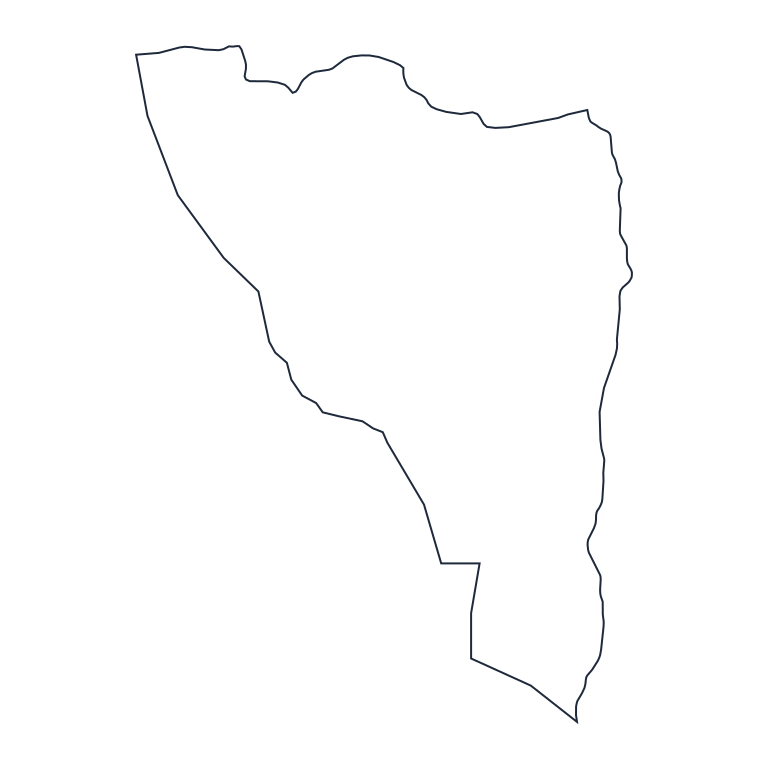 map outline of Analamanga (orthographic projection)
{"feature_id": "MDG-5862", "entity_name": "Analamanga", "entity_type": "Autonomous Province", "adm_level": 1, "iso_a3": "MDG", "parent_name": "Madagascar", "parent_adm1": "", "projection": "orthographic", "projection_center": [47.602, -18.658], "detail": "fine", "context": "isolated", "style": "outline", "palette": "slate", "viewbox_px": 768, "rotation_deg": 0, "n_neighbors": 0, "source": "natural_earth", "source_scale": "10m", "svg_char_len": 2368}
<svg xmlns="http://www.w3.org/2000/svg" viewBox="0 0 768 768"><path d="M236.6,46.1L239.3,46.2L241.5,49.5L245.2,60.9L246.0,64.8L245.9,68.9L244.6,76.4L246.0,79.5L249.9,81.2L268.0,81.3L277.7,82.5L284.9,84.8L288.3,87.7L292.6,92.8L295.7,91.7L297.8,89.1L301.4,82.3L303.5,79.5L308.9,74.9L312.1,73.0L315.7,71.7L328.8,69.8L332.4,68.5L343.9,59.8L347.7,57.8L352.9,56.3L361.7,55.4L369.6,55.5L378.7,57.0L393.4,62.0L400.0,65.2L403.4,68.0L403.3,71.0L403.4,73.9L404.0,77.7L406.6,84.8L408.7,87.7L411.4,90.0L421.4,95.0L424.3,97.2L426.6,100.0L428.3,103.4L431.3,106.7L436.6,109.2L446.3,111.9L460.9,114.0L472.5,112.3L477.3,114.0L479.7,117.0L483.7,124.0L486.9,126.9L495.3,127.9L508.7,127.2L558.0,118.0L568.0,114.4L587.3,110.0L588.8,117.7L589.5,119.5L590.5,121.6L591.9,122.7L596.7,125.6L598.0,126.7L601.1,128.7L606.3,131.0L607.9,131.9L609.2,133.1L610.1,134.7L610.6,136.6L611.9,152.5L612.4,154.5L615.0,159.4L616.1,163.2L617.8,171.4L619.2,174.9L621.2,178.4L621.5,180.1L621.5,182.4L620.2,185.7L619.4,189.1L618.8,193.1L619.0,200.2L620.1,206.5L620.5,207.6L620.6,208.3L619.8,230.6L620.1,233.8L621.2,236.2L626.4,245.5L626.9,248.2L626.9,258.1L627.2,261.6L627.8,264.2L630.6,268.9L631.4,270.6L631.9,272.5L631.9,274.9L631.6,277.4L629.9,280.5L628.5,282.4L622.9,287.3L621.0,289.9L620.4,291.1L620.0,293.1L619.5,296.3L619.8,309.3L616.9,339.5L617.2,344.1L616.9,348.7L615.5,355.0L604.0,387.9L599.6,411.9L600.4,439.8L601.5,448.5L604.1,458.5L604.3,460.6L603.3,472.8L603.5,481.0L602.4,498.4L601.9,502.0L600.5,505.5L599.1,508.1L597.3,510.7L596.5,512.7L596.1,515.2L596.0,519.8L595.6,523.4L594.0,528.0L588.2,539.6L587.7,542.1L587.6,545.0L588.1,549.9L588.9,552.7L599.9,574.6L600.5,576.4L600.7,579.4L600.1,590.0L600.3,593.6L600.8,596.3L602.7,601.8L602.8,614.5L603.7,621.6L603.6,626.2L601.1,649.7L600.1,655.2L599.2,657.8L597.9,660.7L592.1,669.8L587.4,675.3L586.4,677.0L585.9,679.4L585.4,684.0L584.5,687.8L582.1,693.0L577.4,701.0L576.7,703.3L576.1,706.4L576.0,715.0L577.0,721.9L530.8,685.6L471.1,658.5L471.1,613.2L479.6,563.4L441.2,563.4L424.0,504.6L387.3,442.6L382.8,432.2L373.1,428.4L362.5,421.3L338.5,416.2L322.7,412.3L316.2,403.1L302.2,395.6L291.3,379.7L286.9,362.8L275.2,352.6L269.2,341.7L258.4,291.5L223.7,257.9L177.8,195.2L147.5,115.9L136.1,54.7L158.9,52.9L179.4,47.5L184.7,46.8L191.9,47.2L204.7,49.5L218.8,50.2L223.4,49.2L228.9,46.4L233.1,46.6L236.6,46.1Z" fill="none" stroke="#1e293b" stroke-width="2"/></svg>